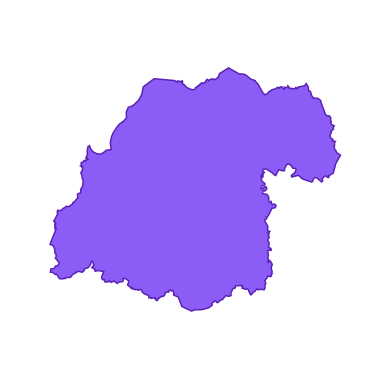 La Huacana, Michoacán, Mexico, rotated 171°
{"feature_id": "50627088B97792110309724", "entity_name": "La Huacana", "entity_type": "district", "adm_level": 2, "iso_a3": "MEX", "parent_name": "Mexico", "parent_adm1": "Michoacán", "projection": "albers", "projection_center": [-101.96, 18.85], "detail": "fine", "context": "isolated", "style": "filled", "palette": "violet", "viewbox_px": 384, "rotation_deg": 171, "n_neighbors": 0, "source": "geoboundaries", "source_scale": "gbopen_adm2", "svg_char_len": 5980}
<svg xmlns="http://www.w3.org/2000/svg" viewBox="0 0 384 384"><g transform="rotate(171 192 192)"><path d="M211.7,309.8L223.7,303.5L226.4,296.1L230.7,290.7L236.0,287.1L239.9,285.7L241.6,285.7L244.4,281.3L245.1,275.6L249.9,271.4L249.4,272.3L252.7,270.6L255.7,268.2L260.5,262.9L262.7,259.5L264.9,253.7L265.2,246.6L270.7,246.6L271.4,245.7L276.1,243.6L280.1,244.7L283.5,247.2L285.3,250.4L286.0,253.9L287.7,253.0L289.0,249.6L289.5,245.3L291.5,242.1L290.2,241.9L289.6,240.4L291.7,240.3L292.4,239.3L292.8,239.9L293.6,240.0L295.3,238.5L296.7,238.5L297.3,236.0L297.0,235.2L297.8,235.0L296.7,234.3L296.9,233.8L296.2,233.5L296.3,232.9L297.2,230.1L297.7,230.0L298.9,227.8L298.1,226.3L298.3,223.2L297.7,220.1L298.8,215.8L299.9,213.8L301.2,212.6L302.3,208.5L304.8,208.2L305.7,207.2L305.5,204.3L310.1,200.5L311.4,200.2L312.3,198.4L313.7,198.1L315.3,197.0L317.4,197.0L318.4,197.6L320.5,196.2L322.0,196.0L323.8,194.5L326.0,194.2L326.7,194.9L327.5,195.0L328.3,193.2L328.1,191.4L331.8,186.3L333.2,185.1L332.4,184.0L332.4,183.3L331.7,183.4L331.5,182.2L332.7,181.3L332.0,180.0L332.8,179.8L333.1,177.3L331.8,177.2L340.4,162.6L337.4,160.6L336.5,155.9L337.0,153.4L336.0,151.4L336.3,149.3L337.4,148.1L335.7,145.8L335.6,144.8L334.4,143.8L334.3,142.8L335.9,140.4L338.5,140.1L339.7,138.4L340.9,137.9L343.1,138.2L343.8,137.3L344.4,134.9L342.2,134.4L339.8,131.9L338.5,131.9L336.8,127.7L336.1,127.0L333.3,126.4L331.4,126.7L330.6,126.3L329.5,127.3L326.7,126.7L324.6,127.2L323.0,129.0L321.5,129.9L319.9,129.9L318.8,131.1L317.7,130.9L316.8,131.5L312.9,129.9L310.7,131.4L310.9,131.9L310.4,132.9L306.7,133.4L303.4,136.4L302.7,138.6L301.2,139.3L300.3,135.2L302.8,133.0L301.0,132.0L300.5,130.6L299.9,130.5L300.0,128.8L297.4,129.1L291.6,127.3L294.0,123.4L294.8,121.1L293.9,119.4L292.3,119.1L292.4,118.1L291.8,116.6L289.1,116.4L288.2,117.1L287.2,116.2L286.5,116.6L285.7,115.3L283.0,116.4L280.3,113.4L278.2,114.5L274.4,114.3L273.8,115.3L273.6,117.4L271.6,117.0L268.6,114.5L268.7,112.9L270.2,110.4L268.5,108.2L266.3,106.9L267.2,106.6L266.7,106.0L264.6,105.2L264.3,104.7L261.1,104.0L259.9,103.3L258.9,104.1L258.2,103.5L257.4,103.6L256.7,102.7L257.1,101.2L255.8,100.1L255.2,98.8L253.8,98.3L250.9,96.1L251.2,94.2L248.8,93.9L248.7,93.3L246.1,93.5L245.4,92.4L244.7,93.0L244.2,90.4L242.9,90.4L241.9,92.3L241.2,92.2L239.4,93.4L238.1,93.3L237.6,93.8L236.6,93.4L235.0,94.8L233.8,96.8L232.9,97.2L230.8,96.8L230.2,98.3L228.4,98.2L227.7,97.5L226.4,98.0L225.8,95.0L226.3,93.1L225.5,93.0L225.3,92.4L222.0,90.5L219.9,80.5L211.2,74.5L206.9,75.2L200.5,74.2L193.3,75.1L189.8,77.0L189.6,78.7L188.9,79.6L186.5,80.7L185.4,80.3L184.7,78.9L183.5,78.8L180.8,80.7L178.6,81.1L175.0,84.3L171.9,83.2L169.6,83.6L169.5,86.0L166.8,90.0L165.9,90.5L165.0,90.2L164.8,90.7L164.2,90.7L163.6,92.5L157.9,91.9L157.6,90.9L157.1,91.2L157.1,89.6L156.7,89.3L157.1,89.0L156.1,88.9L156.1,88.4L154.8,87.7L152.1,87.4L151.7,86.9L151.3,84.4L150.6,83.5L150.8,82.6L150.1,82.0L150.2,81.4L149.1,81.4L147.0,83.6L145.7,83.8L142.8,86.3L141.6,84.9L139.5,85.3L136.1,84.1L134.9,85.8L134.6,88.5L133.5,89.8L133.5,91.3L134.2,92.8L131.3,95.4L130.7,97.0L127.4,96.1L126.5,97.2L126.8,98.3L125.4,98.9L125.9,99.9L125.2,101.3L125.7,102.7L125.4,105.6L124.1,107.6L124.2,108.6L125.6,111.7L126.6,111.7L127.6,110.6L128.2,111.2L126.8,113.1L127.4,114.2L127.3,115.7L126.4,117.6L126.5,122.2L125.0,122.5L123.3,121.9L122.6,122.6L123.1,124.1L125.0,125.2L123.7,129.8L124.8,132.4L124.3,133.6L122.8,135.0L123.4,137.3L122.5,138.3L123.6,139.6L122.2,139.8L121.3,140.9L122.3,141.3L123.1,142.2L123.4,143.3L122.5,145.5L122.6,146.5L124.9,152.8L122.5,154.0L122.1,154.6L122.4,155.8L121.2,156.0L119.2,158.1L115.7,163.4L112.5,163.4L111.2,165.0L111.2,165.9L112.0,166.8L113.0,167.3L114.6,167.2L115.1,167.7L115.4,170.3L116.7,169.6L117.5,170.1L117.1,175.3L118.3,177.9L122.1,179.1L122.5,179.7L121.7,181.8L121.0,182.1L120.0,181.6L117.8,183.1L117.8,185.0L118.3,185.7L119.7,185.5L122.3,184.0L123.0,184.2L123.3,185.1L121.9,187.1L119.7,187.1L118.7,188.1L118.8,189.2L121.2,191.6L121.5,193.8L120.8,198.0L120.2,198.3L120.5,196.9L120.1,195.5L119.7,195.7L119.4,196.5L119.8,197.2L119.1,197.7L118.7,200.5L117.6,199.9L117.7,200.6L118.8,201.5L118.8,202.7L118.2,203.2L116.1,203.3L114.3,202.4L110.7,199.3L107.4,195.4L106.8,195.2L102.8,200.4L99.1,198.8L97.4,198.6L96.8,200.5L94.9,203.5L93.2,204.6L92.4,204.6L90.2,203.0L88.6,199.6L86.4,199.3L85.7,198.3L86.0,197.1L87.9,194.6L91.0,193.1L91.4,192.1L91.1,191.2L84.7,191.8L83.3,190.9L82.1,188.9L80.3,187.3L72.2,183.1L71.1,183.6L70.3,185.5L68.7,186.9L66.6,186.6L62.5,181.7L61.2,182.3L61.3,184.8L58.6,186.9L57.3,186.9L56.1,185.4L54.8,184.9L54.3,185.8L54.6,186.7L49.6,188.4L45.6,197.5L39.6,205.1L43.0,208.3L43.6,210.8L44.7,212.3L44.2,214.3L44.5,215.7L43.8,216.2L43.5,218.4L42.5,219.6L45.4,220.5L44.6,222.0L46.1,223.0L47.1,226.1L45.1,228.8L45.6,229.8L42.3,232.0L42.8,233.3L41.1,235.1L43.8,237.0L44.1,238.2L43.4,239.6L43.9,241.2L43.3,243.6L44.4,245.7L46.9,246.2L48.0,247.7L50.8,261.6L50.5,262.1L52.9,264.7L57.5,265.9L58.8,268.7L59.2,272.4L59.9,273.4L61.1,274.0L60.7,277.4L62.3,281.3L64.1,279.3L70.3,279.1L71.6,278.6L71.6,277.8L72.7,277.7L73.2,278.9L74.2,277.9L76.0,278.0L76.5,278.6L77.5,278.2L78.1,279.0L79.9,279.4L79.9,280.7L80.7,281.9L81.3,280.8L82.4,280.3L84.0,280.9L83.8,280.5L84.7,279.9L84.7,279.3L85.6,279.3L86.1,280.7L87.2,282.0L88.6,281.9L89.4,280.9L89.7,281.6L90.6,281.4L91.3,282.0L93.3,280.8L97.3,280.5L98.7,279.3L100.5,279.1L100.8,278.4L103.1,277.0L104.9,276.7L106.6,279.1L109.9,288.3L111.9,291.1L112.1,292.1L116.1,294.2L120.8,299.4L122.8,300.4L127.2,301.4L136.5,308.9L146.2,304.7L148.2,301.3L150.9,299.9L152.8,299.4L153.6,300.6L154.4,300.2L155.6,300.6L157.4,299.8L157.7,299.2L159.2,300.8L160.4,300.3L161.1,298.8L161.4,299.0L162.9,297.7L163.9,297.6L164.7,298.3L165.7,298.1L167.7,297.0L167.9,296.0L169.9,295.9L170.5,295.0L172.3,294.5L172.4,293.4L174.3,292.7L176.4,293.2L181.1,296.2L182.0,298.0L183.6,299.9L184.9,300.5L185.1,301.6L184.3,301.7L183.9,302.6L184.2,303.3L187.0,302.9L188.5,304.1L189.3,302.9L192.1,304.9L211.7,309.8Z" fill="#8b5cf6" stroke="#5b21b6" stroke-width="1.5"/></g></svg>